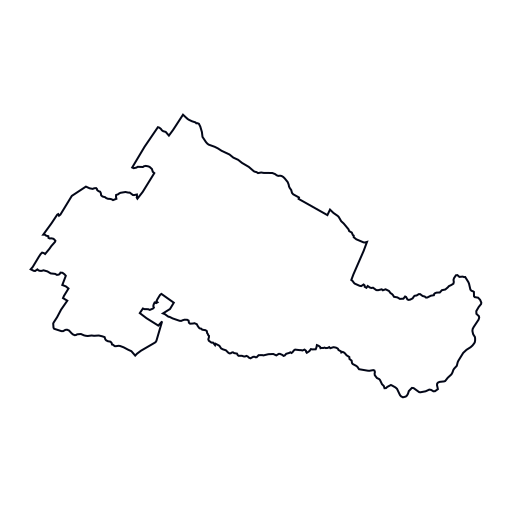 Juja, Central, Kenya
{"feature_id": "3690345B85267649800384", "entity_name": "Juja", "entity_type": "district", "adm_level": 2, "iso_a3": "KEN", "parent_name": "Kenya", "parent_adm1": "Central", "projection": "orthographic", "projection_center": [37.028, -1.103], "detail": "fine", "context": "isolated", "style": "outline", "palette": "ink", "viewbox_px": 512, "rotation_deg": 0, "n_neighbors": 0, "source": "geoboundaries", "source_scale": "gbopen_adm2", "svg_char_len": 6035}
<svg xmlns="http://www.w3.org/2000/svg" viewBox="0 0 512 512"><path d="M144.6,146.7L132.2,167.5L133.7,168.2L136.4,167.6L137.7,166.8L142.9,167.0L143.9,166.3L145.7,165.9L148.0,166.3L149.6,166.9L151.9,169.0L152.8,171.8L154.3,173.1L142.7,191.9L137.4,198.7L136.7,197.5L137.0,196.4L136.9,194.5L134.0,195.1L132.9,195.0L129.7,192.6L128.2,192.6L125.5,192.0L120.5,192.8L119.2,193.4L118.3,194.2L116.1,195.0L116.0,196.9L116.4,198.8L113.0,200.1L111.7,199.3L110.0,198.9L108.0,198.8L106.2,198.1L105.1,197.2L102.5,196.5L101.2,195.4L100.8,193.1L100.1,191.7L98.6,191.2L97.2,190.1L96.9,188.9L96.1,188.1L94.1,188.3L92.7,188.9L89.6,188.3L85.9,186.6L71.8,195.9L60.4,214.6L59.0,215.7L58.2,214.1L57.2,214.7L51.5,223.3L43.2,234.7L44.9,234.7L46.2,235.7L48.3,236.2L48.5,237.9L49.8,238.5L51.1,238.3L53.2,238.7L54.1,239.3L55.4,240.8L55.0,241.9L51.3,246.1L49.5,248.7L45.1,254.0L43.9,253.1L42.1,252.6L40.7,254.0L38.9,256.7L32.7,267.0L30.7,269.3L33.7,270.8L35.1,271.0L37.4,269.4L38.5,270.4L40.1,270.9L41.6,270.9L43.5,270.3L47.4,271.4L50.7,273.4L55.2,273.9L56.9,274.9L58.8,274.6L59.8,273.8L60.5,272.6L62.5,272.8L64.5,274.3L65.8,275.8L62.3,285.0L65.9,286.4L68.5,288.5L64.0,295.8L63.0,298.1L67.3,300.7L61.1,309.6L57.1,317.2L53.6,322.6L53.2,323.6L53.5,327.7L54.2,328.8L61.3,331.1L63.2,331.1L65.3,329.9L67.0,329.7L69.0,330.5L71.5,333.2L72.9,334.4L74.7,335.2L76.0,335.0L77.2,334.3L80.9,334.0L84.1,335.4L85.9,335.8L87.7,336.0L91.6,335.5L94.1,335.8L98.8,335.5L102.2,336.3L104.6,337.1L105.3,339.3L106.1,340.3L107.8,341.2L110.5,341.7L111.7,343.1L112.0,344.5L113.1,344.8L114.6,346.1L115.8,346.2L118.6,345.8L120.1,346.0L123.6,347.3L128.3,349.8L131.4,351.2L135.2,355.6L137.0,353.7L141.0,350.7L154.6,342.8L155.6,342.1L156.4,340.8L162.1,321.4L158.3,325.6L146.5,318.2L139.8,313.1L142.9,308.5L144.3,309.1L148.1,309.2L149.8,309.9L152.9,308.6L153.9,307.6L153.3,306.1L153.7,304.4L154.6,302.5L156.1,303.1L157.5,302.3L156.4,301.4L157.3,299.4L160.0,295.0L161.4,293.9L173.8,302.7L170.0,309.0L163.0,313.4L164.9,314.2L168.4,316.7L169.6,316.9L172.6,318.4L179.6,320.8L181.2,320.9L182.8,320.2L184.6,319.7L187.2,319.8L188.6,320.6L188.9,322.7L190.1,323.7L193.2,323.5L194.4,323.2L196.8,324.2L197.6,325.8L199.0,327.8L200.0,328.5L201.3,328.7L202.2,329.7L205.5,330.2L206.8,331.1L207.2,333.2L207.9,334.1L208.2,335.1L209.0,335.9L208.9,337.5L208.3,339.2L208.8,340.7L211.4,342.6L213.0,342.6L215.0,345.1L215.4,343.7L218.0,345.0L219.4,345.8L221.1,348.4L222.8,349.3L225.9,350.3L228.4,352.8L229.5,353.4L230.7,353.3L231.7,352.6L232.9,352.3L234.1,353.1L237.0,353.6L237.6,354.9L238.5,355.8L241.9,355.8L243.6,356.4L244.9,356.5L246.5,355.9L247.9,356.6L249.0,357.7L250.5,358.3L253.2,356.8L254.7,356.8L255.6,357.3L256.7,357.2L258.6,355.2L262.2,355.1L263.4,355.4L268.4,354.2L273.3,354.0L276.3,355.4L278.7,353.9L280.0,353.9L282.5,355.0L283.5,355.9L284.7,355.5L286.2,353.8L289.3,352.9L290.3,352.3L291.5,353.0L292.5,352.2L294.0,350.3L295.1,349.6L299.4,350.1L301.0,350.1L302.4,350.5L304.5,349.6L305.9,350.7L306.1,351.8L306.8,352.8L309.4,351.1L310.9,349.1L312.4,349.4L315.7,349.3L316.4,347.5L316.9,345.1L318.6,345.8L320.0,346.8L320.5,348.2L321.7,347.9L323.3,348.0L324.5,347.6L325.8,348.1L327.8,347.9L329.2,347.1L330.3,348.2L333.4,347.2L334.9,347.4L336.4,347.8L337.9,348.7L338.5,350.0L341.0,351.4L341.3,352.5L342.7,351.9L344.1,352.6L344.9,353.3L346.6,355.3L349.3,357.0L349.5,359.0L351.6,360.6L352.0,363.0L352.7,364.0L356.1,365.8L357.4,366.8L359.0,369.2L367.8,370.7L369.3,370.8L373.3,370.1L374.4,370.5L374.9,372.0L374.6,373.6L374.8,375.2L376.9,378.0L379.2,379.1L380.0,380.0L382.0,384.2L383.8,386.0L384.5,388.2L386.0,388.1L387.3,386.9L390.9,385.0L392.2,385.6L395.4,387.4L397.0,388.8L400.0,395.1L401.0,396.3L402.9,397.3L405.7,396.6L406.9,395.6L408.0,393.7L408.8,391.1L411.9,387.9L413.6,388.1L419.1,392.1L420.3,392.3L425.6,391.3L429.3,389.6L431.1,389.9L433.4,391.3L435.0,391.2L437.9,389.1L437.0,385.1L437.2,383.5L438.0,382.6L439.5,381.9L444.1,381.4L445.2,381.0L447.8,377.7L451.4,374.4L452.4,372.6L453.4,369.8L454.2,368.6L456.8,365.8L457.7,362.2L458.4,360.7L463.2,352.9L466.5,349.8L470.6,347.2L472.5,345.5L474.2,343.3L474.8,342.2L475.1,340.5L475.1,338.4L474.9,337.0L473.2,334.3L472.8,332.8L472.4,330.9L472.7,328.9L473.7,327.0L478.6,319.6L479.2,317.6L478.9,316.2L476.4,313.8L476.3,311.1L478.7,307.0L481.1,304.0L481.3,302.6L480.1,299.8L478.1,297.7L474.7,297.1L474.0,296.2L473.9,291.9L472.8,291.2L471.5,290.8L470.4,289.6L469.0,283.6L468.3,282.0L465.2,277.0L464.1,277.1L462.7,276.6L459.4,276.9L457.4,275.1L455.9,275.3L454.0,278.2L453.5,279.9L453.8,282.0L453.4,283.7L451.3,285.0L448.8,286.2L447.9,287.3L445.3,289.5L441.9,290.2L439.8,292.5L436.7,292.6L435.2,293.1L434.2,293.9L433.9,295.2L430.9,295.7L427.3,297.5L426.0,297.6L424.7,296.5L422.6,296.0L420.1,294.1L418.8,294.1L416.6,295.5L414.9,295.7L414.0,296.3L412.6,298.4L410.0,299.7L408.4,299.9L407.4,299.4L406.1,297.0L405.1,296.5L403.4,298.7L399.9,298.9L397.4,297.4L394.0,296.8L392.9,295.0L391.8,293.9L390.5,293.1L389.0,291.0L385.6,289.3L382.8,290.3L381.7,289.3L378.1,290.2L376.3,290.1L373.0,287.7L371.5,288.0L370.0,287.6L367.7,286.0L366.4,287.8L364.7,286.8L364.6,285.4L363.6,284.5L361.2,286.1L359.6,285.8L354.7,283.6L353.9,282.8L352.5,280.9L351.3,280.0L353.4,274.4L363.6,251.0L367.0,241.9L364.9,242.5L363.6,242.4L356.3,239.3L353.7,237.2L353.7,235.6L352.8,235.0L351.8,232.6L349.2,231.1L348.5,229.3L343.7,223.5L341.2,221.2L338.7,216.9L337.7,215.9L333.4,212.9L330.0,209.6L327.4,215.1L298.6,198.9L299.0,197.5L293.2,194.3L292.0,192.9L291.2,190.0L289.7,187.9L289.0,186.4L288.7,184.7L287.7,182.1L284.8,178.5L283.3,177.0L281.6,176.0L280.1,175.7L278.3,175.9L276.7,175.3L275.1,174.1L272.3,173.0L263.6,172.9L261.2,172.5L258.0,173.1L256.5,172.1L255.1,171.8L253.9,171.3L248.8,166.9L242.0,162.9L238.1,159.8L233.3,157.6L229.5,154.5L221.6,150.8L217.9,148.4L214.7,146.8L208.6,144.6L207.2,143.5L205.9,142.0L202.5,136.9L201.9,132.0L200.3,126.6L198.9,123.8L197.5,123.2L196.3,123.3L195.5,122.4L192.1,121.3L189.1,119.9L187.5,118.9L183.0,114.7L173.1,129.9L168.9,135.6L165.7,131.9L163.2,131.2L161.9,130.3L160.8,128.8L159.2,127.6L157.9,127.2L144.6,146.7Z" fill="none" stroke="#020617" stroke-width="2"/></svg>